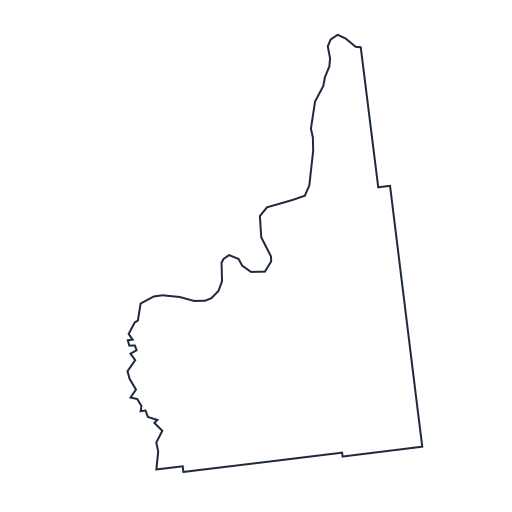 outline of Stanley, South Dakota, United States of America, rotated 263°
{"feature_id": "52423323B54523743279075", "entity_name": "Stanley", "entity_type": "district", "adm_level": 2, "iso_a3": "USA", "parent_name": "United States of America", "parent_adm1": "South Dakota", "projection": "mercator", "projection_center": [-100.59, 44.476], "detail": "fine", "context": "isolated", "style": "outline", "palette": "slate", "viewbox_px": 512, "rotation_deg": 263, "n_neighbors": 0, "source": "geoboundaries", "source_scale": "gbopen_adm2", "svg_char_len": 1020}
<svg xmlns="http://www.w3.org/2000/svg" viewBox="0 0 512 512"><g transform="rotate(263 256 256)"><path d="M450.4,385.4L451.5,380.4L460.9,371.5L465.6,364.0L461.8,356.5L455.4,352.8L443.0,353.6L435.2,351.9L424.9,346.1L416.7,343.6L402.0,333.4L375.6,326.0L366.9,326.9L353.6,325.6L319.5,317.5L309.9,311.8L307.2,299.2L303.0,272.9L295.2,264.7L273.9,263.5L253.8,270.8L248.8,270.4L239.4,262.9L240.8,249.1L248.1,241.1L255.2,238.3L260.2,229.4L257.0,223.4L253.5,221.0L235.1,219.2L225.9,214.5L219.6,206.6L217.8,200.1L218.9,189.1L224.6,175.3L228.4,158.4L228.3,149.6L222.9,135.7L206.3,130.9L204.8,127.5L194.1,120.1L188.0,123.4L188.0,118.5L182.5,119.3L181.9,124.9L177.0,126.0L174.4,119.5L167.3,123.4L157.3,114.4L149.4,115.6L138.1,120.6L130.8,114.2L128.5,120.7L121.1,124.0L116.0,122.6L116.1,127.5L109.4,129.1L105.3,138.1L102.7,134.8L93.9,141.7L83.0,134.3L73.9,135.1L56.3,131.1L56.2,157.6L50.5,157.6L50.3,317.5L46.4,317.5L46.5,397.8L85.9,397.7L309.3,397.6L309.3,385.7L450.4,385.4Z" fill="none" stroke="#1e293b" stroke-width="2"/></g></svg>